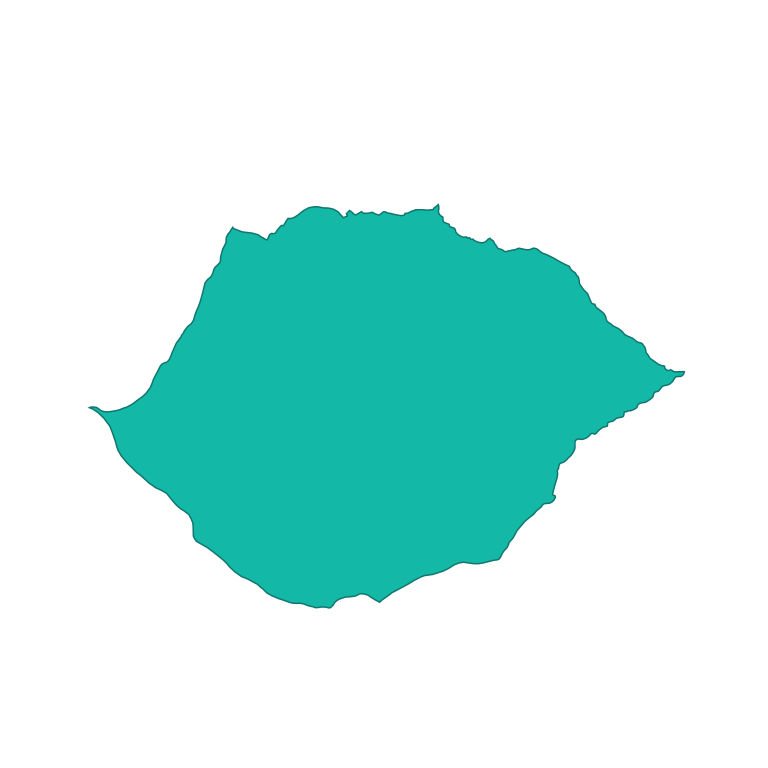 La Capilla, Boyacá, Colombia (Albers equal-area conic projection), rotated 243°
{"feature_id": "7082276B90092604037174", "entity_name": "La Capilla", "entity_type": "district", "adm_level": 2, "iso_a3": "COL", "parent_name": "Colombia", "parent_adm1": "Boyacá", "projection": "albers", "projection_center": [-73.451, 5.111], "detail": "fine", "context": "isolated", "style": "filled", "palette": "teal", "viewbox_px": 768, "rotation_deg": 243, "n_neighbors": 0, "source": "geoboundaries", "source_scale": "gbopen_adm2", "svg_char_len": 6171}
<svg xmlns="http://www.w3.org/2000/svg" viewBox="0 0 768 768"><g transform="rotate(243 384 384)"><path d="M258.7,657.2L262.4,649.3L263.6,647.8L264.5,647.1L265.6,646.7L266.5,645.8L266.6,644.2L266.9,643.4L267.9,642.4L269.3,641.7L270.4,641.5L271.4,641.6L272.3,642.0L272.9,641.8L274.6,639.4L277.6,637.1L282.7,634.5L285.4,633.0L287.1,632.6L290.8,632.3L292.1,631.9L293.2,631.9L296.0,632.7L298.3,633.1L302.7,632.4L303.8,631.7L306.0,629.1L306.9,628.5L311.7,626.4L317.3,621.8L318.9,620.9L323.0,619.9L326.7,618.2L331.6,614.6L334.2,613.5L337.1,611.9L338.8,611.2L341.3,611.4L342.5,611.9L344.2,612.1L346.8,611.9L348.6,611.3L350.5,610.5L354.5,608.6L355.4,608.0L356.4,607.8L358.9,608.0L359.5,607.9L360.6,606.4L361.3,605.9L362.0,605.8L363.2,605.7L365.6,605.8L371.5,606.4L372.7,606.2L377.2,604.7L382.9,603.8L384.8,603.8L387.0,604.7L389.8,605.5L391.8,605.6L393.1,605.0L396.2,604.8L399.4,603.2L400.5,602.8L402.9,602.4L403.9,602.6L404.7,602.5L408.5,599.5L412.5,596.6L418.7,592.6L421.2,590.8L426.5,586.7L428.5,584.7L431.2,583.2L434.0,582.1L435.0,581.4L436.7,579.6L437.3,578.6L437.5,575.3L438.0,573.7L439.0,571.9L440.4,569.9L442.0,568.1L443.6,566.0L443.9,565.1L444.0,562.6L446.0,555.5L446.6,552.9L447.0,552.0L447.8,551.3L448.6,551.0L450.4,549.9L452.5,547.6L453.2,547.1L454.9,546.9L456.3,546.8L458.8,546.3L460.9,546.4L461.8,546.3L463.1,545.8L463.4,545.2L465.7,544.6L465.8,542.8L464.7,539.3L464.8,536.7L465.1,535.9L466.7,533.3L469.1,530.9L471.0,529.5L472.5,529.1L472.9,528.5L473.2,527.3L473.6,527.0L474.8,526.9L475.6,526.5L476.0,524.7L477.5,524.3L478.0,523.4L478.5,521.6L480.6,519.6L483.5,517.8L485.9,517.1L486.9,517.0L488.9,517.5L490.4,517.5L491.1,517.2L494.0,514.3L494.8,514.0L496.5,514.5L497.1,514.3L499.3,512.2L501.1,510.8L501.9,510.7L503.3,510.9L505.0,511.9L505.7,512.1L506.4,512.0L508.6,510.6L511.0,510.4L512.0,510.5L512.9,510.8L514.2,511.5L514.7,512.1L516.0,512.8L518.0,513.6L519.2,513.7L518.8,512.5L518.0,508.2L517.1,506.7L518.6,503.2L519.1,501.6L520.5,499.5L522.7,495.8L524.9,491.2L524.9,490.0L525.4,486.8L525.4,483.2L525.6,482.2L526.4,480.4L526.1,480.4L525.3,478.4L526.1,475.9L529.3,471.5L533.4,466.8L534.3,465.2L536.0,464.0L537.4,462.4L537.7,461.5L536.8,457.3L536.7,456.7L536.9,456.1L539.4,453.5L542.0,451.8L542.3,451.4L542.7,450.4L543.0,448.6L544.2,445.5L545.7,443.1L546.4,442.6L547.5,442.4L547.8,442.2L547.5,437.3L547.5,436.2L547.7,435.5L548.1,435.0L548.7,434.5L552.6,433.0L554.2,432.1L552.9,428.0L552.6,427.8L550.4,427.8L550.6,423.3L557.6,421.4L558.7,421.0L562.6,418.4L565.1,415.5L566.8,413.0L568.3,410.1L572.1,405.3L573.1,403.3L574.3,400.2L575.2,396.6L575.0,391.2L574.6,388.5L573.6,384.0L573.2,379.8L573.2,378.6L573.6,376.7L574.1,375.4L575.1,373.8L573.6,370.8L570.8,366.6L570.7,366.3L571.6,365.2L571.7,364.5L571.5,363.3L569.6,358.9L567.9,355.9L567.8,355.3L567.9,354.6L568.2,353.6L569.2,352.2L569.1,350.2L568.5,349.1L566.2,346.5L565.7,345.8L565.6,345.3L565.7,344.8L566.4,344.3L571.6,340.9L573.8,339.8L574.6,339.1L578.4,334.9L583.7,327.0L589.1,321.9L591.6,320.2L592.2,320.3L591.0,318.0L589.6,316.0L588.3,312.9L586.6,310.5L585.5,309.6L582.7,308.0L581.4,307.1L577.3,301.4L571.5,296.2L567.6,293.9L566.9,293.1L566.5,292.4L565.4,289.1L564.6,286.3L563.3,284.5L560.4,281.7L558.9,279.7L558.0,278.2L557.2,274.4L555.9,271.5L555.2,270.4L545.4,261.9L540.1,256.9L537.8,254.4L532.5,248.1L527.6,243.5L526.4,241.8L525.2,239.6L524.4,235.4L522.2,230.6L520.0,227.7L519.6,226.2L519.0,225.4L518.2,224.7L515.2,218.5L513.8,216.3L512.4,214.8L508.2,209.5L506.1,207.3L503.4,204.0L502.2,201.4L502.1,200.3L502.5,198.1L502.5,195.0L501.4,192.6L498.7,189.0L492.8,180.7L490.0,177.8L486.9,174.1L483.8,167.9L482.4,163.2L481.7,158.2L480.4,151.2L480.2,148.1L480.2,143.9L480.8,140.7L481.0,137.4L481.9,133.0L484.2,126.0L485.2,123.9L487.3,121.0L488.7,119.8L492.5,117.9L493.8,117.0L495.8,114.0L496.5,112.2L496.6,110.8L493.9,113.2L488.5,116.2L481.0,118.8L470.8,120.6L464.6,120.0L454.0,118.5L448.8,117.3L444.8,117.0L439.1,117.3L431.0,119.1L417.5,123.5L413.3,125.6L402.8,129.5L395.2,133.5L389.6,137.9L385.1,140.7L374.3,143.0L370.0,144.2L365.4,146.0L361.8,148.2L356.4,150.8L351.8,151.0L347.0,150.6L344.0,149.4L335.0,145.1L332.8,145.0L329.5,145.3L328.3,145.9L318.2,152.5L308.0,157.4L299.3,161.2L294.5,162.7L291.0,163.4L284.5,165.8L277.2,169.6L272.3,173.9L263.0,180.3L258.4,182.0L256.3,183.1L251.2,184.7L246.1,188.1L240.2,193.1L237.7,195.7L232.5,200.5L230.2,203.1L227.7,207.6L226.8,209.6L224.5,212.6L220.8,215.9L217.7,219.6L215.8,221.4L214.6,224.2L213.6,227.3L211.4,231.2L209.6,233.1L209.0,234.7L210.2,238.6L211.2,239.9L211.9,241.5L212.5,243.9L212.6,246.8L211.6,253.3L210.3,255.9L208.1,262.1L208.0,266.7L207.6,268.3L205.4,271.6L203.0,274.0L200.2,275.4L195.6,278.2L191.5,281.1L192.4,283.8L193.9,294.0L194.4,295.9L194.8,315.5L195.3,321.4L195.4,328.5L194.9,333.2L192.2,340.9L190.5,351.4L190.3,357.2L191.0,364.1L190.6,369.0L189.2,373.8L183.3,382.2L181.1,386.3L179.6,391.0L177.0,402.2L175.9,405.1L175.8,407.2L176.9,409.3L179.4,412.4L181.0,415.5L182.4,419.4L184.5,422.1L185.9,423.3L188.2,429.0L193.2,436.4L197.6,447.0L199.1,453.3L199.8,457.5L201.7,462.2L203.1,468.3L204.3,470.4L204.6,472.5L202.6,477.6L202.6,479.9L203.1,482.1L204.7,484.7L205.5,485.4L206.6,485.7L208.5,484.1L209.4,484.2L216.0,490.0L221.6,495.4L225.2,498.0L228.1,499.0L229.5,501.1L231.7,502.7L233.1,504.1L233.2,505.9L232.8,508.3L233.1,510.4L233.5,512.2L234.4,514.4L235.4,518.1L237.0,521.1L238.7,523.6L240.4,525.2L245.5,527.7L246.7,528.9L247.1,531.3L246.3,532.9L245.0,534.8L244.3,536.9L244.1,539.6L244.3,541.6L244.8,543.7L245.5,545.1L245.7,546.5L245.3,547.4L243.6,549.1L243.7,550.4L244.6,552.7L245.5,555.6L246.0,558.4L246.0,560.0L245.3,562.5L245.1,563.8L246.1,564.6L247.4,565.4L247.9,566.3L247.8,568.1L247.1,570.4L247.0,571.6L248.0,575.6L246.4,581.4L246.6,582.7L247.8,583.9L249.2,584.7L249.9,585.6L249.3,587.2L249.1,590.0L248.2,591.4L247.9,595.4L248.0,597.5L248.5,599.1L249.6,600.0L250.4,601.3L250.6,603.2L250.1,605.6L249.3,607.7L249.0,610.0L249.4,613.8L250.1,616.8L251.0,618.4L252.9,619.9L253.6,620.9L253.7,622.3L253.0,625.2L253.8,627.3L254.9,629.1L255.4,630.7L255.4,632.5L254.4,636.5L254.2,638.3L255.1,642.0L257.4,645.8L257.8,647.3L257.5,648.8L256.1,651.6L256.0,652.6L256.5,654.9L258.0,656.7L258.7,657.2Z" fill="#14b8a6" stroke="#0f766e" stroke-width="1.5"/></g></svg>